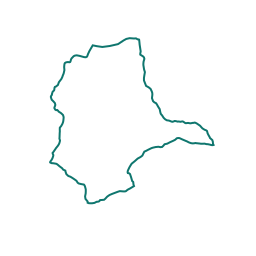 outline of Silambi, Mongar, Bhutan, rotated 25°
{"feature_id": "84629894B22017892255208", "entity_name": "Silambi", "entity_type": "district", "adm_level": 2, "iso_a3": "BTN", "parent_name": "Bhutan", "parent_adm1": "Mongar", "projection": "orthographic", "projection_center": [91.084, 27.121], "detail": "fine", "context": "isolated", "style": "outline", "palette": "teal", "viewbox_px": 256, "rotation_deg": 25, "n_neighbors": 0, "source": "geoboundaries", "source_scale": "gbopen_adm2", "svg_char_len": 3792}
<svg xmlns="http://www.w3.org/2000/svg" viewBox="0 0 256 256"><g transform="rotate(25 128 128)"><path d="M72.0,192.1L73.4,192.2L75.3,191.5L77.5,190.9L78.4,190.7L79.9,191.0L82.0,191.6L85.3,192.3L86.8,193.1L89.2,193.1L89.6,193.6L90.1,194.3L91.7,195.9L94.2,196.7L96.4,196.5L98.9,196.8L101.4,197.2L103.5,197.6L104.2,198.0L105.4,198.8L106.7,199.1L108.9,198.7L110.9,198.2L111.8,197.9L112.4,198.1L113.6,199.0L115.6,201.4L116.4,203.0L117.3,205.2L118.0,208.1L119.4,210.2L122.5,211.7L123.0,212.8L124.3,212.7L125.5,212.2L127.1,211.5L128.3,210.7L129.3,210.0L130.2,208.8L130.9,208.0L131.9,207.5L132.6,206.9L132.8,206.6L133.0,206.1L133.2,205.1L134.7,204.3L136.6,203.2L137.3,201.7L137.7,200.4L138.2,198.9L139.6,196.5L140.6,195.4L141.3,194.6L145.5,190.3L147.2,188.7L150.4,187.5L152.0,186.8L152.8,186.1L153.1,185.5L153.4,184.8L154.1,183.6L155.3,182.1L156.7,180.0L158.0,178.1L157.6,177.7L157.0,177.1L156.3,176.0L155.6,174.8L155.3,174.6L154.2,174.3L151.5,171.2L149.3,168.9L148.3,168.6L146.9,168.9L146.3,168.2L145.9,166.7L145.9,164.7L145.9,163.2L146.1,161.1L146.4,158.8L148.1,155.3L149.7,151.6L151.6,149.0L152.7,146.9L152.7,144.8L152.8,142.5L154.2,140.9L155.0,139.8L155.3,139.4L157.8,136.3L159.0,135.2L161.2,133.5L163.6,132.1L165.4,131.7L166.9,130.8L167.6,129.0L168.0,127.3L170.2,125.6L172.1,123.1L174.6,120.2L175.8,118.6L176.4,117.1L176.5,116.8L177.6,115.9L179.0,115.4L181.9,115.4L187.8,115.2L188.3,115.3L189.4,115.3L190.6,115.2L191.5,115.1L192.9,114.7L194.1,114.1L195.5,113.1L196.3,112.9L199.5,111.8L200.9,111.4L204.1,109.8L205.8,109.5L207.3,108.9L209.5,108.4L210.4,108.3L211.5,108.0L212.4,107.5L212.7,107.2L211.7,106.4L210.7,104.6L209.5,103.3L206.5,102.4L205.8,101.7L204.2,100.6L202.4,99.2L201.8,98.4L200.8,97.3L200.0,97.1L198.1,97.2L195.7,96.9L194.4,96.4L192.4,95.5L191.3,95.3L188.2,94.8L186.6,94.8L185.8,95.1L185.5,95.5L184.5,96.0L182.9,97.2L182.3,97.5L180.3,98.0L178.4,99.2L177.5,99.3L176.5,99.1L175.0,98.9L174.4,99.1L172.9,100.2L171.1,100.7L170.4,101.2L168.2,101.6L167.2,102.0L166.7,102.7L165.6,103.6L164.7,103.8L162.7,103.9L161.9,104.0L159.9,104.6L158.0,104.4L157.4,104.2L156.0,103.7L153.3,102.0L152.4,101.7L151.5,101.1L150.2,99.5L149.2,98.1L148.5,97.3L147.6,96.8L146.1,95.8L144.2,94.4L143.3,93.9L143.1,93.7L141.0,93.6L139.4,93.1L137.1,90.8L136.0,87.5L135.2,86.0L134.1,84.8L131.9,83.0L129.5,82.4L126.6,82.2L122.4,78.2L121.3,75.9L120.4,72.8L119.7,70.2L117.8,68.1L115.3,64.4L114.7,63.1L114.1,61.4L113.6,58.4L113.3,58.1L112.7,57.3L111.3,56.7L109.4,56.5L108.1,56.3L107.7,55.5L107.1,53.2L103.3,47.5L101.9,45.1L101.1,43.8L100.7,43.2L100.2,43.2L99.4,43.6L97.4,43.4L95.5,44.4L91.5,45.9L88.8,48.0L87.0,50.5L83.5,56.2L76.8,61.4L70.5,65.4L65.2,67.0L61.1,68.0L60.5,74.6L60.5,76.8L60.5,77.8L60.7,79.9L60.7,80.6L59.9,81.7L58.3,82.3L56.0,82.7L53.6,83.1L50.8,83.8L49.3,84.8L48.4,85.9L47.4,88.9L47.4,90.0L47.5,90.7L47.6,91.1L47.7,91.8L47.7,92.6L47.1,93.2L45.7,93.6L44.2,94.6L43.4,95.7L43.3,96.3L43.6,97.6L44.4,99.8L45.9,102.4L46.6,105.6L46.7,106.7L46.7,107.8L46.9,109.4L46.9,111.6L46.5,113.5L46.0,115.7L46.2,117.6L46.3,118.6L46.0,119.2L45.3,120.7L44.4,121.7L44.4,122.6L44.9,124.1L45.1,125.1L44.8,126.0L44.4,126.9L44.5,127.9L44.7,129.3L45.0,130.0L44.8,131.2L44.9,132.4L45.9,133.6L46.9,134.6L48.9,135.3L50.1,135.8L51.3,136.4L52.4,137.8L52.6,139.5L52.6,140.4L52.9,141.1L54.3,142.1L55.4,142.2L56.2,141.6L57.3,141.9L58.1,142.4L59.2,142.6L60.5,142.7L61.9,143.1L63.6,143.7L64.8,145.0L65.2,145.6L65.9,147.5L66.4,149.0L66.6,149.9L66.7,150.5L66.8,152.1L66.6,154.6L66.3,155.6L66.1,156.6L66.7,158.0L67.7,160.0L68.2,161.4L69.9,165.4L70.2,166.2L70.4,166.7L70.8,167.1L71.6,168.0L71.9,169.0L72.2,170.9L72.2,172.0L72.0,173.6L71.2,176.9L71.1,177.8L70.5,181.3L70.4,182.0L70.2,182.4L70.5,183.0L71.8,184.1L72.1,185.3L72.3,187.2L72.3,188.0L72.2,189.3L71.9,190.8L71.8,191.6L72.0,192.1Z" fill="none" stroke="#0f766e" stroke-width="2"/></g></svg>